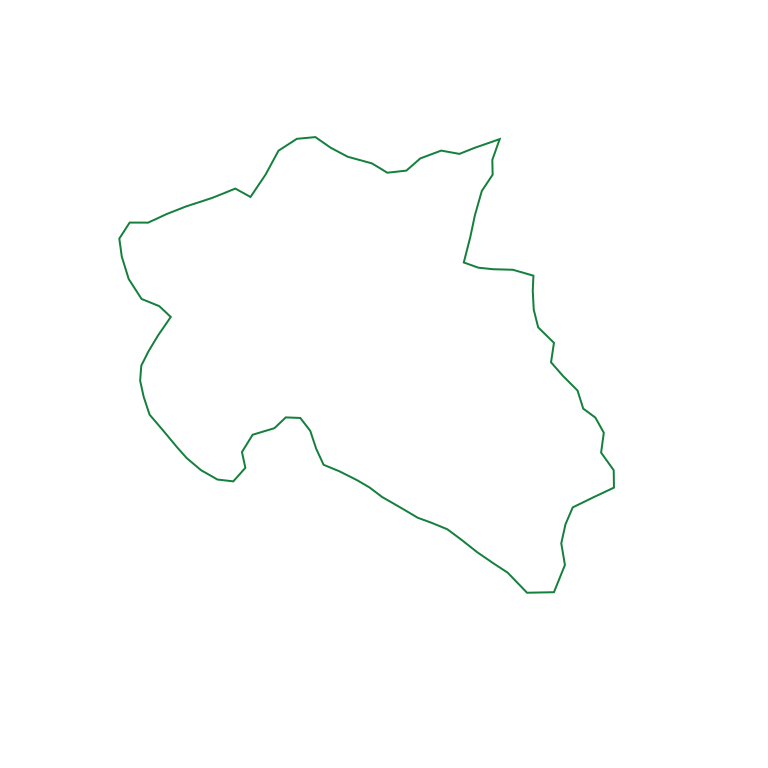 Dom Cavati, Minas Gerais, Brazil, rotated 61°
{"feature_id": "56859067B30416877761671", "entity_name": "Dom Cavati", "entity_type": "district", "adm_level": 2, "iso_a3": "BRA", "parent_name": "Brazil", "parent_adm1": "Minas Gerais", "projection": "mercator", "projection_center": [-42.09, -19.387], "detail": "fine", "context": "isolated", "style": "outline", "palette": "green", "viewbox_px": 768, "rotation_deg": 61, "n_neighbors": 0, "source": "geoboundaries", "source_scale": "gbopen_adm2", "svg_char_len": 1257}
<svg xmlns="http://www.w3.org/2000/svg" viewBox="0 0 768 768"><g transform="rotate(61 384 384)"><path d="M648.5,336.3L630.0,313.5L609.3,306.2L594.7,293.3L583.4,278.7L584.6,255.9L586.1,233.1L570.8,224.9L549.3,227.4L533.2,215.4L515.9,215.4L502.1,221.7L483.6,217.9L463.6,223.6L446.0,227.4L430.4,215.4L409.2,221.7L391.6,217.0L374.6,208.7L361.7,200.8L346.5,216.0L336.4,233.1L328.0,245.1L316.4,255.3L297.2,237.2L280.5,222.7L262.6,204.9L253.6,187.5L240.5,180.6L225.9,164.1L221.4,190.1L219.3,206.5L207.6,220.8L204.3,242.9L208.2,261.0L200.8,278.7L185.2,287.6L167.6,305.6L151.5,316.1L134.8,324.3L127.3,341.4L128.8,363.2L143.4,386.0L155.7,410.1L141.0,419.3L138.0,443.7L132.7,471.2L130.0,491.5L128.5,512.1L119.5,528.2L128.5,545.0L145.5,551.6L168.5,556.4L192.1,554.8L207.0,542.8L222.0,538.0L232.1,558.3L241.4,574.4L250.3,587.4L262.9,595.7L278.7,600.4L297.2,603.9L317.2,599.8L338.8,595.7L353.1,592.5L370.7,585.8L386.8,576.0L396.1,563.0L390.1,545.9L374.6,541.2L364.7,523.5L369.5,501.3L365.6,486.1L373.1,473.7L389.2,471.2L407.7,474.7L425.4,476.0L438.5,465.5L455.2,454.1L467.5,446.8L481.8,440.5L501.2,428.8L517.4,419.3L528.7,409.5L541.8,399.0L558.0,391.7L576.2,384.1L593.8,375.3L609.0,367.3L635.9,360.1L648.5,336.3Z" fill="none" stroke="#15803d" stroke-width="2"/></g></svg>